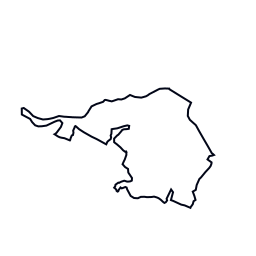 Bany Abeed, Ad Daqahliyah, Egypt, rotated 216°
{"feature_id": "37247803B85878422276791", "entity_name": "Bany Abeed", "entity_type": "district", "adm_level": 2, "iso_a3": "EGY", "parent_name": "Egypt", "parent_adm1": "Ad Daqahliyah", "projection": "mercator", "projection_center": [31.692, 31.024], "detail": "fine", "context": "isolated", "style": "outline", "palette": "ink", "viewbox_px": 256, "rotation_deg": 216, "n_neighbors": 0, "source": "geoboundaries", "source_scale": "gbopen_adm2", "svg_char_len": 2784}
<svg xmlns="http://www.w3.org/2000/svg" viewBox="0 0 256 256"><g transform="rotate(216 128 128)"><path d="M225.4,81.3L221.8,76.5L212.5,77.8L209.0,76.4L204.7,75.6L201.5,76.6L198.7,78.8L195.4,82.0L191.1,89.9L189.3,92.7L187.5,94.2L184.0,93.4L183.6,92.0L183.3,90.9L182.9,89.4L183.0,82.2L183.4,80.4L183.7,79.8L179.8,80.0L178.0,80.3L176.2,81.0L173.4,82.4L167.7,83.8L167.7,84.2L168.4,86.0L169.1,88.9L168.4,90.0L169.4,92.2L170.8,93.6L171.2,95.4L171.5,96.9L171.9,98.0L171.6,98.7L170.8,98.7L166.9,98.3L161.2,98.6L152.3,99.6L147.0,100.6L144.8,100.9L136.6,101.9L136.0,102.0L136.3,103.4L136.6,104.8L136.3,106.2L135.5,108.8L136.2,110.6L137.6,111.7L138.0,113.5L140.5,117.4L139.4,118.6L136.5,121.4L132.6,126.8L130.1,129.7L128.3,130.4L126.9,127.8L128.3,126.4L130.5,124.6L131.2,123.5L131.5,123.2L131.5,122.4L131.5,121.7L131.9,116.7L132.3,116.0L133.0,111.3L130.9,108.4L129.8,108.3L127.7,108.3L122.7,107.9L118.8,107.1L116.3,107.1L115.8,107.9L114.9,107.5L114.6,106.7L113.5,105.3L112.1,100.6L111.8,98.7L111.4,96.9L111.1,95.5L110.5,95.4L107.5,94.7L103.9,94.9L102.5,93.2L101.5,92.1L95.4,89.9L94.0,87.7L94.7,86.3L95.8,85.2L97.2,84.1L99.4,83.4L100.1,83.1L101.9,80.6L103.0,78.4L103.7,78.1L104.8,74.8L104.1,73.4L104.1,71.6L103.0,71.6L101.2,71.2L100.2,70.4L99.1,70.4L98.7,71.1L99.1,72.2L99.1,75.5L97.6,75.5L96.6,76.9L95.5,78.7L94.1,79.0L92.7,77.9L85.9,74.6L84.8,74.7L82.0,74.9L79.1,76.7L78.4,77.4L78.1,78.2L77.0,80.0L76.6,80.2L75.6,81.0L74.1,82.1L72.0,83.2L68.4,86.0L66.6,87.8L63.8,88.8L62.0,89.2L59.2,89.2L56.0,88.8L54.5,88.8L53.8,90.2L53.8,92.4L55.2,93.5L57.0,103.6L53.8,102.5L53.4,101.4L50.9,94.9L48.5,95.6L39.9,97.3L36.7,98.7L30.6,100.1L30.8,100.8L30.8,104.4L31.9,107.3L31.1,109.5L34.3,112.0L38.2,114.6L37.1,117.1L36.8,117.8L38.9,122.2L40.3,128.7L39.9,130.9L39.5,137.7L38.8,143.5L38.8,145.7L39.5,148.2L40.2,149.3L45.2,149.3L45.6,153.1L45.4,153.4L43.7,155.1L42.6,156.7L44.1,156.9L44.8,156.9L45.5,156.9L48.7,158.4L52.9,160.3L60.4,163.6L69.3,167.6L73.5,169.6L74.9,170.2L79.2,170.6L82.8,171.0L86.7,172.9L90.2,178.3L91.7,184.8L91.9,185.6L103.7,184.7L117.2,183.7L117.8,184.1L121.5,181.6L124.0,179.5L125.2,178.5L125.4,178.3L126.2,176.9L130.6,168.1L131.2,166.1L132.2,164.0L132.9,163.2L133.4,162.5L135.1,160.4L140.6,157.2L142.5,156.7L145.8,155.9L148.0,150.1L150.1,147.2L153.0,145.4L153.4,144.8L153.9,144.1L155.5,141.8L156.8,140.0L159.8,138.7L160.2,138.6L162.6,137.6L163.3,136.9L163.5,134.7L163.6,134.4L164.4,133.3L166.0,131.0L167.6,128.9L167.8,128.5L169.7,125.0L170.2,124.1L169.8,117.9L169.6,117.5L169.6,117.4L169.9,112.0L170.5,111.1L171.7,109.2L179.6,103.8L180.0,103.6L183.3,101.5L184.8,100.6L186.1,99.7L190.6,97.3L190.9,97.1L193.9,92.8L194.5,92.0L197.0,89.2L197.9,88.3L198.3,87.9L201.8,84.9L206.9,83.0L211.7,81.9L217.6,83.0L218.2,83.0L224.1,82.9L225.4,81.3Z" fill="none" stroke="#020617" stroke-width="2"/></g></svg>